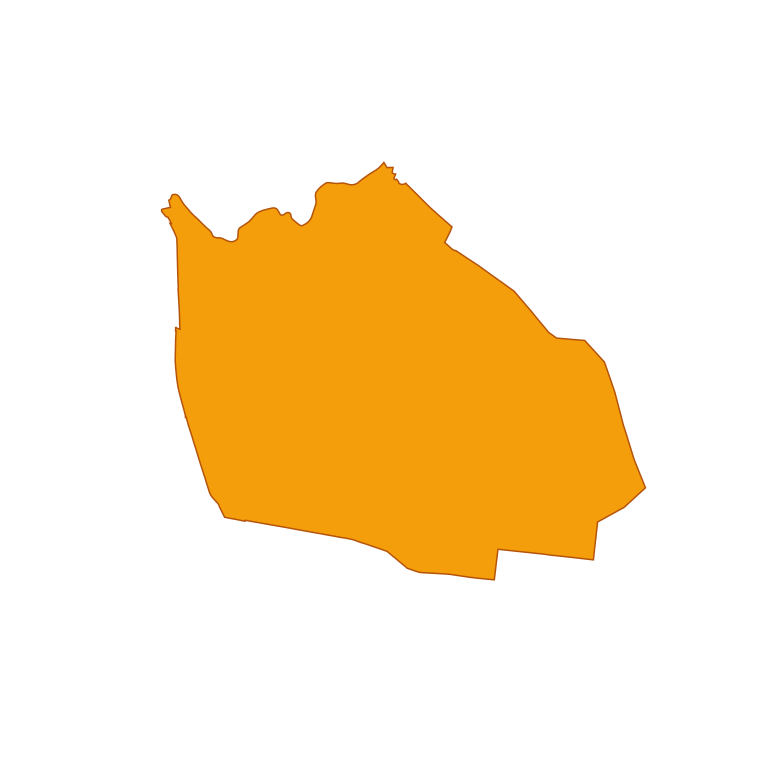 outline of Soest, Utrecht, Netherlands, rotated 299°
{"feature_id": "6326949B26493124022578", "entity_name": "Soest", "entity_type": "district", "adm_level": 2, "iso_a3": "NLD", "parent_name": "Netherlands", "parent_adm1": "Utrecht", "projection": "mercator", "projection_center": [5.308, 52.157], "detail": "fine", "context": "isolated", "style": "filled", "palette": "amber", "viewbox_px": 768, "rotation_deg": 299, "n_neighbors": 0, "source": "geoboundaries", "source_scale": "gbopen_adm2", "svg_char_len": 6051}
<svg xmlns="http://www.w3.org/2000/svg" viewBox="0 0 768 768"><g transform="rotate(299 384 384)"><path d="M448.4,114.2L448.7,113.4L449.0,112.0L449.1,111.4L449.0,110.9L449.0,110.6L448.7,109.7L448.2,108.7L447.7,108.1L447.4,107.7L446.9,107.3L446.7,107.2L446.3,107.1L446.0,107.1L444.8,107.2L443.4,107.5L443.0,107.5L441.9,107.5L441.8,107.4L441.5,107.3L440.4,106.7L437.7,109.1L435.0,111.6L429.3,105.2L428.9,105.0L428.7,105.0L428.4,105.1L427.5,105.6L427.3,105.7L427.1,106.1L424.8,111.7L424.7,111.9L424.7,112.1L424.7,112.6L425.0,113.5L425.2,114.0L422.1,119.1L421.2,120.4L421.0,120.2L420.7,119.8L420.6,119.1L415.5,126.5L414.5,127.8L413.7,129.0L411.1,132.0L410.7,132.3L403.1,136.9L394.5,141.9L382.1,149.2L375.4,153.2L369.8,156.6L368.9,157.1L367.6,157.6L366.1,158.6L349.9,168.8L341.4,173.9L337.0,176.4L335.3,177.5L333.0,179.0L332.7,177.3L332.4,175.0L332.6,174.8L332.5,174.7L332.3,174.4L329.3,176.0L329.5,176.5L329.4,176.5L320.3,181.0L319.4,181.5L317.8,182.4L315.1,183.8L306.9,188.1L305.3,188.9L302.8,190.3L299.4,192.5L294.9,195.5L288.4,200.0L286.5,201.4L284.7,202.8L283.3,203.9L281.8,205.0L278.7,207.8L274.6,211.6L268.4,217.6L268.2,217.8L265.4,220.6L259.6,226.1L259.2,226.1L258.9,226.2L258.4,226.7L258.9,227.2L254.2,231.8L253.1,232.9L246.0,240.5L243.8,242.8L242.2,244.4L241.9,244.7L241.1,245.5L236.1,250.8L225.5,261.8L225.1,262.2L218.8,269.0L218.7,269.1L217.2,270.6L215.0,273.1L212.1,276.0L204.7,283.8L204.0,284.7L203.1,285.9L202.6,286.7L202.1,287.8L201.5,289.2L201.2,290.0L199.8,294.2L199.7,294.3L199.8,294.4L199.6,294.9L199.5,295.2L199.2,295.9L199.0,296.6L198.6,297.3L197.8,298.7L197.7,298.8L196.8,299.6L196.6,299.9L194.1,303.6L193.9,303.8L191.3,307.6L190.2,309.2L192.1,315.1L194.3,321.7L195.6,325.8L196.6,329.0L197.5,328.7L206.3,354.3L212.2,371.3L212.9,373.6L217.5,387.1L221.2,397.9L226.8,414.4L227.7,417.0L228.1,418.1L228.3,419.0L229.0,421.1L229.4,422.1L229.8,423.0L230.3,424.4L232.4,430.9L233.4,435.3L233.7,437.9L233.8,438.6L234.5,442.3L235.0,444.4L235.3,446.1L237.1,456.1L238.5,464.2L239.1,467.8L237.5,476.1L237.3,477.6L236.3,482.5L235.0,489.4L234.1,493.8L234.4,495.2L235.0,498.9L235.6,502.1L236.2,505.2L236.5,506.6L238.4,510.7L248.1,530.8L249.0,532.9L250.0,535.2L252.8,542.8L256.9,553.7L261.1,563.7L266.2,575.4L294.7,563.8L312.6,606.1L315.0,612.4L322.9,631.1L325.3,636.9L326.9,640.8L331.7,652.4L342.1,648.0L352.1,643.9L359.4,640.8L362.7,639.5L366.8,637.7L392.7,653.9L395.1,654.7L420.0,663.0L438.6,640.1L441.0,637.5L458.4,619.4L464.3,613.1L488.7,589.9L499.8,577.6L510.0,566.2L519.4,538.4L515.7,530.3L513.3,525.0L512.5,523.1L507.8,512.6L508.9,503.8L508.9,503.2L511.4,496.9L516.6,483.4L518.9,477.8L521.3,471.3L528.3,452.6L528.5,450.7L531.3,426.5L531.7,422.8L533.3,409.7L534.2,397.8L534.3,396.4L535.1,387.0L535.5,382.0L535.2,381.4L535.0,381.0L534.9,380.3L534.9,379.5L534.9,378.6L535.1,377.6L535.2,377.1L535.6,375.4L536.1,373.3L536.4,371.9L537.1,368.5L540.7,368.4L549.1,368.0L550.4,367.8L554.4,367.3L555.3,362.8L555.8,360.7L556.5,357.3L557.0,355.2L558.0,350.4L558.3,349.2L558.5,348.0L558.9,346.7L560.1,341.3L561.0,337.7L561.3,336.5L562.9,330.9L565.1,323.3L565.8,320.8L570.1,305.6L569.7,305.5L569.4,305.4L568.5,304.6L568.0,304.0L567.2,302.8L567.0,302.5L567.0,302.2L566.9,301.6L566.7,300.2L566.7,299.7L567.0,299.6L567.5,299.0L568.0,298.7L569.2,295.7L568.5,295.2L568.1,294.9L568.3,293.2L568.5,293.0L569.4,292.8L570.8,292.7L572.1,292.6L573.3,292.3L572.6,290.5L572.5,290.0L572.5,289.5L572.6,288.8L577.8,286.9L575.0,282.1L574.6,281.9L575.5,280.3L577.7,276.5L576.2,276.2L574.9,275.9L571.7,275.1L570.5,274.7L568.6,273.9L567.7,273.5L566.1,272.7L563.1,270.9L561.6,270.1L560.1,269.3L556.6,267.6L553.5,266.1L551.3,265.2L549.8,264.5L547.4,263.7L547.1,263.6L546.7,263.4L546.1,263.0L545.1,262.2L544.6,261.8L544.1,261.3L543.3,260.2L542.6,259.2L542.2,258.4L541.9,257.7L541.6,256.8L541.1,254.7L540.8,253.7L540.5,252.6L540.1,251.5L539.9,250.8L539.6,250.2L539.3,249.7L539.1,249.2L538.2,248.1L537.1,246.4L536.5,245.5L536.2,245.0L535.8,244.0L533.7,238.9L533.3,238.1L532.5,236.7L532.3,236.5L531.7,235.9L530.7,235.3L528.8,234.4L525.5,233.0L523.7,232.5L522.4,232.1L521.5,232.0L518.9,231.7L518.4,231.7L517.6,231.8L516.8,232.1L515.4,232.8L515.0,233.0L514.0,233.7L512.3,235.0L511.2,235.8L510.1,236.4L508.7,237.0L508.0,237.3L506.6,237.5L496.6,239.4L494.9,239.7L493.5,239.8L492.3,239.7L491.6,239.7L490.6,239.5L489.7,239.3L488.2,238.8L487.5,238.5L486.4,238.0L485.5,237.5L484.6,236.9L483.8,236.4L483.2,235.9L482.8,235.5L482.3,234.8L482.1,234.4L482.1,234.2L482.1,233.7L482.3,231.5L483.6,224.5L483.8,223.8L484.1,223.2L484.4,222.7L484.7,222.3L485.2,221.8L487.0,220.2L487.3,219.9L487.6,219.6L487.7,219.3L487.8,219.0L487.8,218.7L487.8,218.1L487.8,217.8L487.7,217.6L487.6,217.2L487.3,216.7L487.2,216.5L487.0,216.3L486.6,215.9L485.6,215.1L483.9,214.4L483.4,214.2L482.9,213.8L482.7,213.6L482.3,213.0L482.1,212.6L481.9,212.2L481.9,211.8L481.9,211.3L482.1,210.9L482.2,210.7L484.4,207.1L484.9,205.8L485.1,205.1L485.1,204.6L485.1,204.0L485.0,203.6L485.0,203.3L484.7,202.6L484.6,202.3L484.4,201.9L484.1,201.5L483.7,201.0L483.1,200.2L480.5,197.4L477.2,193.9L476.1,193.0L474.5,191.7L473.6,191.1L472.4,190.3L471.6,190.0L470.4,189.5L469.4,189.2L464.9,188.3L462.4,187.7L461.0,187.3L458.8,186.4L452.4,183.1L450.9,182.3L450.0,181.9L449.2,181.9L448.8,181.9L447.2,182.3L446.8,182.5L443.2,184.2L442.1,184.8L441.3,185.1L440.8,185.2L440.1,185.3L439.6,185.3L439.2,185.3L438.5,185.0L437.8,184.8L436.8,184.1L436.3,183.8L435.8,183.3L435.3,182.8L435.0,182.5L434.7,182.0L434.5,181.7L434.1,180.7L433.7,179.7L433.6,179.3L433.5,178.8L433.4,178.2L433.2,176.7L433.1,175.4L432.9,171.9L432.8,171.5L432.6,170.7L432.3,169.7L432.0,169.1L431.0,167.3L430.8,166.9L430.6,166.2L430.4,165.5L430.2,164.5L430.3,164.1L430.3,163.7L430.4,163.3L430.5,162.9L430.7,162.4L430.9,162.0L431.2,161.6L431.5,161.1L432.6,159.7L432.8,159.4L433.1,158.7L433.6,157.6L433.8,156.8L434.1,155.8L434.6,153.1L435.0,151.4L435.8,148.5L436.4,146.4L437.5,142.8L438.3,139.7L439.2,135.8L439.6,134.3L440.0,132.9L440.6,131.2L441.7,128.4L443.8,122.6L444.5,121.1L445.8,118.5L446.9,116.7L447.9,115.2L448.4,114.2Z" fill="#f59e0b" stroke="#b45309" stroke-width="1.5"/></g></svg>